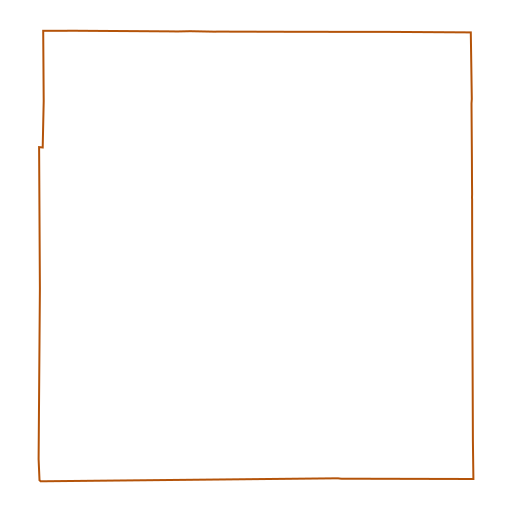 Crook, Wyoming, United States of America (Equal Earth projection)
{"feature_id": "52423323B12939098407835", "entity_name": "Crook", "entity_type": "district", "adm_level": 2, "iso_a3": "USA", "parent_name": "United States of America", "parent_adm1": "Wyoming", "projection": "equal_earth", "projection_center": [-104.544, 44.588], "detail": "fine", "context": "isolated", "style": "outline", "palette": "amber", "viewbox_px": 512, "rotation_deg": 0, "n_neighbors": 0, "source": "geoboundaries", "source_scale": "gbopen_adm2", "svg_char_len": 529}
<svg xmlns="http://www.w3.org/2000/svg" viewBox="0 0 512 512"><path d="M43.2,30.8L43.7,101.2L42.7,147.5L39.1,147.1L39.9,288.7L38.6,459.1L39.5,480.2L40.7,481.3L337.9,478.3L341.0,478.7L473.4,479.0L472.9,440.8L472.3,294.1L472.3,280.1L472.2,265.0L472.1,199.2L472.0,197.9L472.1,194.3L472.0,181.7L471.9,157.4L471.5,103.4L471.8,99.1L470.8,32.4L390.1,31.9L297.7,31.8L216.4,31.6L215.9,31.7L190.2,31.2L176.1,31.5L173.9,31.4L67.7,30.7L67.2,30.8L64.7,30.8L59.3,30.8L59.2,30.8L43.2,30.8Z" fill="none" stroke="#b45309" stroke-width="2"/></svg>